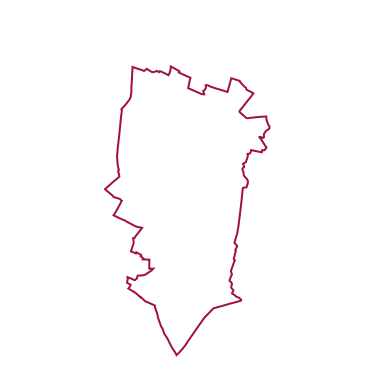 the district of Movileni, Iasi, Romania, rotated 63°
{"feature_id": "2599482B3675832994894", "entity_name": "Movileni", "entity_type": "district", "adm_level": 2, "iso_a3": "ROU", "parent_name": "Romania", "parent_adm1": "Iasi", "projection": "equal_earth", "projection_center": [27.37, 47.318], "detail": "fine", "context": "isolated", "style": "outline", "palette": "rose", "viewbox_px": 384, "rotation_deg": 63, "n_neighbors": 0, "source": "geoboundaries", "source_scale": "gbopen_adm2", "svg_char_len": 5935}
<svg xmlns="http://www.w3.org/2000/svg" viewBox="0 0 384 384"><g transform="rotate(63 192 192)"><path d="M186.2,105.5L184.7,105.7L176.4,106.5L173.7,107.1L173.6,106.8L173.7,106.6L173.8,106.4L174.2,105.8L175.2,105.0L176.0,104.2L176.1,103.9L176.1,103.6L176.1,103.4L175.8,103.0L175.3,102.7L173.4,101.9L172.8,101.3L171.4,98.8L171.1,97.8L171.0,96.7L170.9,95.4L170.6,94.3L169.7,93.7L169.1,93.3L168.2,93.2L167.6,93.2L166.7,93.6L165.9,93.5L164.8,93.2L163.1,93.2L162.3,93.0L159.7,92.2L158.5,91.5L157.7,93.1L157.3,94.2L156.1,96.8L155.8,97.7L155.2,99.2L154.2,101.5L153.9,102.6L153.5,103.6L152.8,105.2L152.2,106.9L152.0,107.3L151.9,107.8L151.8,108.3L151.6,108.9L151.4,109.2L150.7,109.9L150.3,110.2L142.6,113.2L141.5,113.0L136.9,103.0L136.5,102.1L136.0,101.1L134.6,97.9L132.4,93.2L132.0,92.5L128.0,95.1L127.4,95.7L127.1,95.9L126.5,96.3L125.6,96.9L125.3,96.9L124.9,96.9L124.0,96.6L123.7,96.6L120.8,97.9L120.3,98.0L119.2,98.1L118.7,98.4L118.1,98.7L117.5,98.7L116.6,98.9L115.3,99.3L115.0,99.0L114.2,99.5L109.8,104.0L109.1,104.7L108.5,105.2L108.4,105.3L109.2,106.0L116.2,112.4L119.0,115.0L118.2,115.7L117.3,116.7L116.0,117.9L114.0,120.1L112.8,121.3L109.2,125.1L107.5,126.6L106.5,127.7L106.1,128.1L104.2,129.4L103.6,130.2L103.4,130.4L103.3,130.9L103.1,131.3L104.5,131.9L105.4,132.3L105.6,132.4L105.8,132.6L106.8,134.4L107.0,134.9L107.0,135.3L107.0,136.0L110.5,136.8L109.1,139.0L97.7,148.3L93.6,145.0L90.6,142.5L89.5,141.5L86.8,143.8L84.2,145.8L79.6,149.5L78.7,148.4L76.3,150.0L73.8,151.6L70.6,153.9L71.2,154.1L71.4,154.4L74.1,156.2L74.4,156.6L74.6,156.7L75.4,157.5L76.7,159.1L77.2,159.9L73.8,162.4L71.5,164.2L70.4,164.9L70.3,165.4L70.2,165.6L69.9,165.8L70.0,165.9L69.9,166.1L69.9,166.4L70.0,166.7L70.2,167.1L68.1,168.3L68.1,168.7L68.1,169.7L68.0,170.5L67.8,171.4L67.2,173.1L61.7,176.4L62.4,179.7L60.2,181.7L55.9,186.0L53.6,188.2L59.6,191.7L66.3,195.5L68.0,196.6L69.3,197.4L72.7,199.2L75.6,200.8L76.8,201.6L79.0,203.2L79.5,203.5L79.9,203.7L80.0,204.0L80.6,204.8L81.0,205.4L81.5,206.1L82.4,208.2L83.0,209.3L83.6,210.6L85.4,215.2L85.9,216.7L86.1,217.3L86.4,217.5L87.6,217.5L88.1,217.8L88.6,218.1L90.9,219.8L92.8,221.1L107.5,230.5L120.2,238.9L123.4,240.8L125.7,242.4L135.1,246.3L135.6,246.3L136.7,246.7L138.1,246.8L138.7,247.0L139.0,247.1L139.2,247.3L139.5,248.1L139.8,248.3L140.9,248.5L141.8,248.7L144.6,249.5L145.3,249.7L146.2,253.0L146.9,256.4L148.0,260.9L148.2,261.4L148.8,263.9L149.5,266.4L150.0,268.2L150.8,268.0L156.1,265.7L156.8,265.3L158.4,264.8L158.7,264.6L159.8,264.1L160.4,264.2L160.6,264.2L161.2,263.9L161.9,263.1L162.1,262.8L162.8,262.2L163.7,261.2L164.2,260.7L165.0,259.8L165.6,259.4L165.9,259.3L166.2,259.2L167.0,259.0L167.6,258.9L168.0,258.6L170.3,261.9L175.2,269.0L177.2,272.5L184.6,266.8L185.1,266.3L186.1,265.5L187.3,264.5L188.6,263.8L196.9,257.9L197.3,257.5L197.9,257.0L198.3,256.3L199.2,255.4L201.2,252.8L201.4,253.2L202.0,254.2L202.3,254.6L202.3,254.9L202.9,256.1L203.5,257.4L206.4,263.7L206.9,264.0L206.8,264.4L206.5,265.5L209.1,266.3L210.4,266.9L210.8,267.0L217.2,273.4L221.4,269.7L221.3,269.4L220.6,268.9L225.0,265.8L225.5,266.2L225.8,266.6L225.9,266.9L229.3,265.4L229.7,266.3L233.0,260.7L240.9,264.9L242.6,261.4L242.7,261.7L243.3,262.8L243.6,263.6L243.7,264.4L243.8,266.4L244.0,267.3L244.3,269.8L244.5,270.9L244.3,271.9L244.1,273.0L244.0,273.5L243.8,273.8L243.7,274.4L242.4,277.1L242.0,277.8L241.9,278.3L242.0,278.6L242.2,278.9L243.0,279.5L244.1,280.4L244.6,283.0L238.5,288.1L238.8,288.3L240.3,288.6L240.5,288.9L243.3,291.1L246.6,288.9L246.8,288.8L247.0,288.9L247.2,289.2L247.7,289.8L248.2,290.6L248.8,291.8L249.1,292.5L255.2,288.8L255.1,288.7L257.9,287.4L262.6,285.7L262.4,285.3L267.9,283.4L276.3,276.6L277.9,277.3L278.7,277.5L283.0,278.0L286.5,278.7L287.9,279.1L288.2,279.3L297.2,280.5L298.4,280.5L299.9,280.3L300.1,280.2L300.5,280.3L305.0,281.0L305.8,281.0L307.5,280.9L311.6,280.4L312.3,280.4L314.5,280.5L320.7,280.5L322.7,280.4L324.9,280.1L328.1,279.8L329.8,279.7L330.3,279.8L330.0,278.7L329.5,277.1L328.6,274.6L328.3,274.0L327.9,272.8L327.5,271.7L327.1,271.0L326.7,270.2L326.4,269.5L325.7,267.8L322.3,261.9L310.8,240.3L310.1,239.0L309.5,237.7L308.0,233.3L305.4,225.6L307.2,216.9L309.1,207.0L309.7,204.6L310.0,203.2L310.6,200.3L311.0,197.5L310.7,197.2L310.2,197.2L309.4,197.3L308.8,197.6L307.8,198.0L306.9,198.6L305.7,199.8L305.1,200.2L304.4,200.4L303.1,200.9L302.7,201.1L301.0,202.2L300.6,202.3L300.4,202.3L300.1,202.1L299.8,201.7L299.2,200.5L299.0,200.3L298.7,200.0L298.4,199.9L297.9,199.8L297.4,199.9L296.0,200.4L295.5,200.4L295.0,200.3L294.5,200.2L293.6,199.6L293.2,199.2L292.9,198.7L292.6,198.5L292.2,198.2L291.8,198.0L291.3,198.0L290.9,198.0L290.2,198.1L289.6,198.3L288.5,198.8L288.2,198.8L287.8,198.7L287.5,198.5L287.1,198.0L286.6,197.4L286.3,197.0L285.5,196.3L285.1,195.9L284.6,195.2L284.3,194.6L283.8,194.1L283.5,193.9L283.0,193.7L281.5,193.5L280.3,193.2L279.5,192.7L278.9,192.0L278.2,191.2L273.2,186.0L272.6,185.1L272.4,184.8L270.9,185.3L266.2,181.4L265.4,180.7L264.7,180.1L264.6,179.9L264.4,179.6L263.2,179.7L263.0,179.4L262.5,178.6L262.0,177.9L261.0,176.5L259.9,176.4L257.7,177.0L257.3,177.0L256.6,177.2L256.4,177.2L249.5,170.6L249.0,170.1L246.1,168.1L244.1,166.5L234.5,160.0L223.1,152.4L211.5,144.9L211.5,144.4L211.8,143.1L212.3,142.4L212.5,142.0L212.5,141.6L212.4,141.0L211.3,140.3L211.0,140.0L210.5,139.5L210.2,138.7L209.4,138.3L209.1,138.2L208.8,138.0L208.2,137.4L207.2,137.3L206.7,137.1L206.3,137.1L205.2,137.2L203.4,137.7L202.3,138.0L201.6,138.2L201.2,138.3L200.9,138.3L200.2,138.1L199.3,137.8L198.3,137.2L197.9,137.2L197.2,137.2L194.6,136.8L194.4,136.7L194.0,136.3L193.6,135.6L193.6,135.1L193.4,134.4L193.3,134.2L193.1,134.1L192.9,134.0L191.6,133.8L190.1,133.9L189.8,130.3L189.7,130.2L188.3,129.0L187.6,128.1L186.5,127.0L186.0,126.5L184.3,125.5L183.3,125.2L183.7,124.2L183.9,123.5L183.9,123.1L183.8,122.6L183.4,122.1L182.4,121.0L181.5,120.3L188.3,111.9L187.5,111.3L186.5,110.3L187.2,109.5L187.6,109.1L187.7,108.8L187.7,108.6L187.6,108.3L186.2,105.5Z" fill="none" stroke="#9f1239" stroke-width="2"/></g></svg>